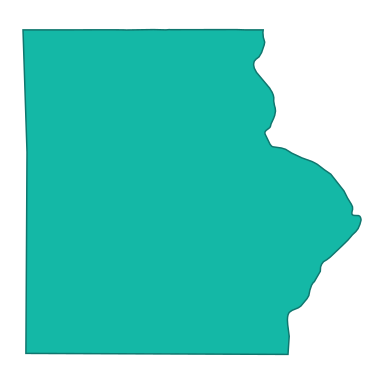 Allamakee, Iowa, United States of America
{"feature_id": "52423323B44167272336180", "entity_name": "Allamakee", "entity_type": "district", "adm_level": 2, "iso_a3": "USA", "parent_name": "United States of America", "parent_adm1": "Iowa", "projection": "natural_earth1", "projection_center": [-91.21, 43.291], "detail": "fine", "context": "isolated", "style": "filled", "palette": "teal", "viewbox_px": 384, "rotation_deg": 0, "n_neighbors": 0, "source": "geoboundaries", "source_scale": "gbopen_adm2", "svg_char_len": 1325}
<svg xmlns="http://www.w3.org/2000/svg" viewBox="0 0 384 384"><path d="M263.2,29.9L245.5,29.9L236.3,29.6L170.6,29.7L169.2,29.6L165.9,29.9L153.5,29.6L126.3,30.0L123.8,29.9L114.3,29.8L112.1,29.8L96.2,29.8L70.1,29.9L65.6,29.9L59.6,29.9L35.1,29.9L23.0,29.9L27.0,152.2L25.9,353.4L288.0,354.4L289.2,336.3L287.7,324.7L287.4,319.9L287.6,316.9L288.1,314.6L289.2,312.4L292.2,310.3L298.3,307.8L300.9,306.0L307.0,298.7L308.8,295.6L309.9,290.1L311.6,285.1L313.3,282.5L314.3,281.7L320.3,271.3L320.6,266.9L321.7,264.1L323.5,261.7L326.8,259.7L330.4,256.9L342.9,245.0L347.9,240.1L352.4,234.8L355.8,231.6L358.1,228.6L359.9,224.4L361.0,220.3L361.0,219.2L360.5,217.4L359.8,216.3L358.6,215.6L353.6,215.4L352.5,214.8L351.9,214.0L351.9,212.2L352.6,209.3L352.5,206.8L351.3,204.2L347.5,198.0L344.0,191.0L330.8,174.2L324.4,169.8L317.4,164.4L315.1,163.1L312.4,161.7L301.7,157.8L291.7,153.1L285.6,149.3L281.4,148.0L272.9,146.8L271.6,146.2L270.0,144.2L265.0,133.9L264.9,132.2L265.9,130.6L269.5,127.8L270.3,126.8L271.1,123.8L273.6,118.4L274.7,115.4L275.5,111.1L275.2,108.1L274.4,105.2L273.7,101.0L273.8,97.7L273.3,95.2L272.1,92.2L270.6,89.8L269.7,88.2L256.5,72.4L254.3,68.2L253.6,64.9L253.8,62.9L254.3,61.2L256.0,59.2L259.0,56.9L261.6,52.5L264.2,44.9L264.7,42.1L263.3,37.3L262.9,32.5L263.2,29.9Z" fill="#14b8a6" stroke="#0f766e" stroke-width="1.5"/></svg>